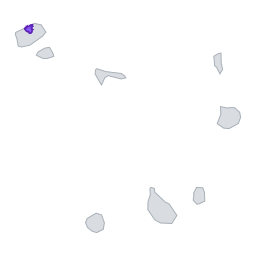 location of Sao Pedro Apostolo, Ribeira Grande, Cabo Verde
{"feature_id": "66160863B19660935593220", "entity_name": "Sao Pedro Apostolo", "entity_type": "district", "adm_level": 2, "iso_a3": "CPV", "parent_name": "Cabo Verde", "parent_adm1": "Ribeira Grande", "projection": "albers", "projection_center": [-25.188, 17.13], "detail": "fine", "context": "in_parent", "style": "filled", "palette": "violet", "viewbox_px": 256, "rotation_deg": 0, "n_neighbors": 0, "source": "geoboundaries", "source_scale": "gbopen_adm2", "svg_char_len": 2775}
<svg xmlns="http://www.w3.org/2000/svg" viewBox="0 0 256 256"><path d="M176.9,215.4L171.8,223.5L160.5,223.0L154.7,219.7L147.8,209.6L148.0,201.7L150.3,194.8L149.9,188.9L150.8,187.4L154.3,188.4L154.9,192.3L165.2,202.0L169.1,203.9L176.9,215.4ZM29.8,45.2L21.6,47.0L18.2,46.1L17.0,39.1L15.4,34.5L15.7,32.4L34.6,23.4L41.2,24.9L45.9,32.1L42.7,36.1L29.8,45.2ZM220.5,106.6L227.6,108.1L230.3,107.5L234.8,107.8L239.7,112.4L240.6,117.3L238.3,123.5L229.0,128.6L223.6,128.1L217.2,123.6L220.8,114.4L220.5,106.6ZM103.3,229.3L96.7,232.6L92.1,231.2L87.7,227.7L85.5,222.7L87.2,218.4L96.1,213.2L101.5,214.9L104.4,222.8L103.3,229.3ZM121.3,73.5L124.8,76.0L125.9,77.9L120.8,78.9L108.2,75.6L104.8,77.7L101.5,85.0L95.1,74.0L95.5,69.9L96.8,68.7L105.8,71.6L121.3,73.5ZM199.1,203.8L196.8,204.2L193.2,200.2L193.9,194.7L193.5,193.3L196.6,187.4L202.8,187.8L204.4,192.2L204.8,201.1L199.1,203.8ZM53.7,56.5L46.8,58.6L42.5,58.3L36.3,55.2L38.3,51.8L44.9,48.1L49.5,47.3L53.3,54.0L53.7,56.5ZM222.6,69.4L219.9,73.9L216.6,67.3L214.7,65.8L213.8,56.3L218.6,53.4L221.0,53.1L221.2,62.9L222.6,69.4Z" fill="#d9dde1" stroke="#a8b0b8" stroke-width="1"/><path d="M32.5,24.6L32.3,24.6L32.1,24.8L31.9,24.8L31.7,24.9L31.3,24.9L31.0,24.9L30.9,24.9L30.9,25.0L30.8,24.9L30.7,24.9L30.6,25.0L30.4,25.1L30.2,25.2L30.1,25.3L30.1,25.5L29.9,25.6L30.0,25.7L29.9,25.7L29.8,25.8L29.7,25.9L29.7,26.1L29.4,26.2L29.0,26.4L28.9,26.4L28.8,26.5L28.7,26.5L28.4,26.6L28.2,26.6L27.9,26.5L27.7,26.6L27.4,26.4L27.4,26.2L27.3,26.3L27.2,26.3L27.3,26.4L27.3,26.5L27.2,26.6L27.0,26.8L27.1,27.0L26.8,27.2L26.7,27.1L26.4,27.0L26.4,26.9L26.4,27.0L26.3,26.9L26.2,26.9L26.1,27.0L26.1,27.3L26.1,27.5L25.9,27.8L25.7,28.0L25.5,27.9L25.5,28.0L25.5,27.9L25.4,27.9L25.2,27.8L25.0,28.0L25.0,28.3L25.1,28.5L24.9,28.7L25.0,28.8L24.9,28.9L24.7,28.9L24.7,29.0L24.7,29.3L24.8,29.4L24.9,29.5L25.1,29.6L25.3,29.7L25.5,29.8L25.6,30.0L25.8,30.1L25.9,30.3L26.0,30.4L25.9,30.5L26.0,30.8L26.2,31.0L26.4,30.9L26.5,30.9L26.5,31.0L26.8,31.2L27.0,31.3L27.1,31.5L27.3,31.6L27.5,31.6L27.7,31.8L27.9,31.9L28.0,31.9L28.4,32.0L28.5,31.9L28.6,32.0L28.8,32.0L28.8,31.9L28.9,32.0L29.0,32.1L29.1,32.3L29.1,32.5L29.1,32.8L29.1,33.0L29.3,33.1L29.5,33.3L29.7,33.2L29.8,33.1L30.0,33.1L30.3,33.0L30.5,33.1L30.9,33.1L31.0,33.1L31.3,32.9L31.4,32.7L31.5,32.5L31.5,32.3L31.6,32.2L31.8,32.2L31.9,31.8L31.9,31.7L32.0,31.6L32.1,31.4L32.0,31.2L32.0,30.9L32.0,30.7L32.1,30.4L32.1,30.1L32.2,29.9L32.3,29.9L32.3,29.7L32.4,29.4L32.5,29.4L32.4,29.2L32.5,29.2L32.4,29.1L32.2,29.0L32.1,28.9L31.9,28.8L31.7,28.9L31.3,28.7L31.2,28.6L31.3,28.3L31.4,28.2L31.4,27.9L31.5,27.8L31.6,27.7L31.8,27.6L32.0,27.4L32.1,27.2L32.1,26.9L32.3,26.8L32.4,26.7L32.5,26.6L32.8,26.4L32.7,26.2L32.6,25.9L32.6,25.7L32.5,25.4L32.4,25.3L32.4,25.1L32.3,24.8L32.5,24.7L32.5,24.6Z" fill="#8b5cf6" stroke="#5b21b6" stroke-width="1.5"/></svg>